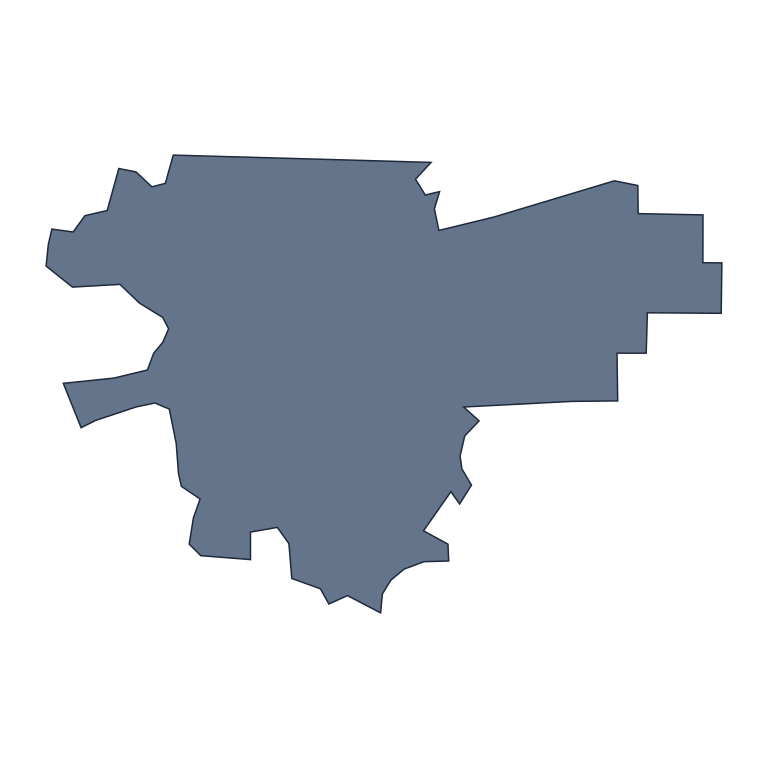 outline of Vista Alegre do Prata, Rio Grande do Sul, Brazil
{"feature_id": "56859067B77404714418488", "entity_name": "Vista Alegre do Prata", "entity_type": "district", "adm_level": 2, "iso_a3": "BRA", "parent_name": "Brazil", "parent_adm1": "Rio Grande do Sul", "projection": "robinson", "projection_center": [-51.791, -28.831], "detail": "fine", "context": "isolated", "style": "filled", "palette": "slate", "viewbox_px": 768, "rotation_deg": 0, "n_neighbors": 0, "source": "geoboundaries", "source_scale": "gbopen_adm2", "svg_char_len": 1047}
<svg xmlns="http://www.w3.org/2000/svg" viewBox="0 0 768 768"><path d="M617.7,400.9L617.0,353.2L646.2,353.2L647.4,312.8L721.2,313.3L721.9,262.9L702.9,262.7L703.0,214.9L638.2,213.6L637.8,185.5L614.4,180.8L494.0,217.0L438.9,230.4L434.4,208.9L439.6,191.6L425.3,195.0L415.5,179.2L431.1,162.4L173.3,155.1L165.3,183.4L151.9,186.8L136.0,171.9L118.8,168.5L107.2,210.5L84.9,215.7L73.1,232.0L51.9,229.1L48.3,244.6L46.1,266.1L72.4,287.1L120.0,284.4L139.4,303.1L162.8,317.5L168.6,328.8L162.8,342.2L153.7,353.2L147.4,370.0L113.7,378.1L63.3,383.3L81.1,427.7L95.9,420.3L136.0,407.0L154.8,403.0L169.3,409.1L176.2,443.4L178.5,473.6L181.4,486.4L200.1,499.0L193.4,517.9L189.2,544.2L200.8,555.7L250.5,559.6L250.5,532.1L277.3,527.4L288.9,543.6L291.8,578.5L320.4,588.8L328.9,604.0L347.4,595.6L380.6,612.9L382.4,594.0L390.9,580.1L404.1,569.1L423.9,561.7L448.7,561.0L448.0,544.2L423.5,530.8L450.9,491.7L459.6,504.0L471.5,485.1L461.9,468.9L460.1,456.0L464.8,435.8L479.1,420.9L463.7,407.0L571.9,401.4L617.7,400.9Z" fill="#64748b" stroke="#1e293b" stroke-width="1.5"/></svg>